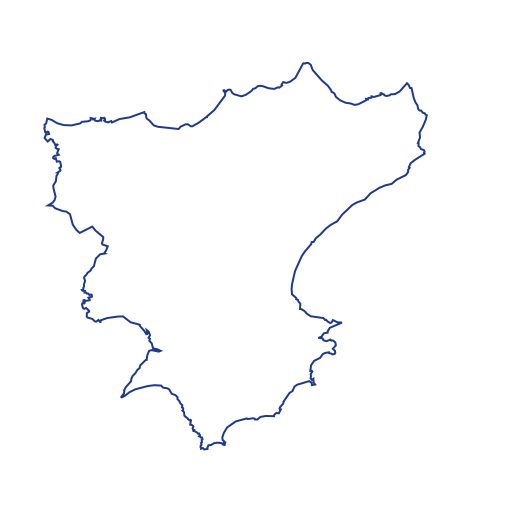 the district of Bangka Barat, Bangka-Belitung, Indonesia, rotated 169°
{"feature_id": "22746128B47433230053131", "entity_name": "Bangka Barat", "entity_type": "district", "adm_level": 2, "iso_a3": "IDN", "parent_name": "Indonesia", "parent_adm1": "Bangka-Belitung", "projection": "orthographic", "projection_center": [105.522, -1.841], "detail": "fine", "context": "isolated", "style": "outline", "palette": "blue", "viewbox_px": 512, "rotation_deg": 169, "n_neighbors": 0, "source": "geoboundaries", "source_scale": "gbopen_adm2", "svg_char_len": 6068}
<svg xmlns="http://www.w3.org/2000/svg" viewBox="0 0 512 512"><g transform="rotate(169 256 256)"><path d="M426.6,222.5L425.1,222.1L422.9,223.3L421.8,221.1L421.2,221.0L420.7,222.5L413.8,223.5L402.9,222.9L398.0,222.0L391.8,214.9L383.5,210.9L383.1,210.4L383.5,209.8L380.0,203.9L378.6,200.2L377.7,200.2L377.2,201.1L377.4,204.1L375.8,202.2L375.2,198.3L377.1,196.2L375.9,195.0L376.9,193.2L375.0,190.1L374.7,185.0L370.6,183.2L367.7,181.1L369.7,180.7L376.4,183.5L379.0,183.3L381.7,179.3L383.1,174.9L384.1,175.0L390.5,170.7L391.8,168.0L394.0,167.0L396.8,164.0L400.2,161.6L401.7,159.4L402.6,156.8L408.6,152.3L411.3,149.1L411.0,148.6L411.9,146.2L414.9,143.7L415.1,143.1L414.7,142.8L411.4,143.8L406.0,146.5L399.8,148.2L387.1,149.0L380.0,148.5L373.9,146.9L372.3,144.5L368.3,143.0L366.7,141.7L365.0,136.8L361.9,135.0L360.0,132.5L360.4,130.5L358.8,127.9L358.5,126.0L356.8,123.5L357.6,121.5L356.8,121.0L356.6,119.8L357.0,118.5L357.7,118.2L356.5,116.6L356.7,112.7L354.0,109.5L353.8,108.7L352.4,107.3L351.6,107.7L351.2,107.1L352.8,103.0L351.3,102.4L350.2,101.0L350.1,100.2L351.1,99.0L350.9,97.0L350.0,96.9L350.5,96.0L349.5,95.7L347.5,93.9L346.9,92.7L345.8,92.7L345.2,90.9L346.3,89.9L345.2,89.4L344.9,88.4L343.6,88.0L343.4,86.4L344.5,85.7L344.5,83.6L345.6,83.0L345.5,81.0L346.5,80.4L346.9,78.9L346.5,78.3L346.7,77.3L344.8,77.6L343.7,76.0L340.4,75.9L340.4,76.9L338.8,79.3L336.3,79.0L333.2,80.2L329.9,80.2L325.6,79.0L324.6,78.2L324.7,77.5L323.8,77.5L323.7,76.8L322.9,76.4L321.7,78.9L322.9,79.4L322.8,80.5L323.9,81.8L323.7,84.3L321.3,88.5L317.1,93.2L307.4,97.5L296.0,98.3L295.1,97.5L290.0,97.3L288.4,96.7L288.3,95.8L286.1,95.2L282.3,97.2L277.0,97.1L268.8,95.3L268.5,96.4L267.1,97.5L265.6,98.0L263.6,97.2L261.0,100.7L261.8,100.9L262.0,101.9L261.3,102.9L257.3,106.1L256.8,107.7L249.2,115.2L246.0,116.4L243.1,120.5L240.2,121.8L227.7,123.0L225.7,121.1L225.7,118.6L222.5,118.6L223.6,120.9L223.1,124.5L224.8,123.7L225.7,125.6L224.9,127.7L224.9,129.5L222.7,131.9L223.2,132.8L224.6,132.8L222.8,138.2L219.0,142.0L212.7,143.7L209.0,147.0L206.8,147.6L202.8,147.6L202.8,146.7L200.7,145.8L199.8,144.8L197.5,144.9L196.7,145.6L196.6,147.9L198.3,150.2L194.7,153.0L194.6,155.9L195.7,157.5L196.6,158.4L198.3,158.6L198.8,159.7L202.9,159.0L205.9,160.3L206.3,162.4L210.4,163.7L207.1,164.3L204.1,167.2L200.3,167.1L200.1,168.3L197.3,171.4L184.3,174.2L188.8,175.4L192.7,178.4L194.5,176.4L196.0,176.1L198.1,178.0L199.5,180.1L200.4,180.0L201.7,182.2L213.7,186.4L217.0,189.6L218.9,192.7L221.6,195.2L222.9,195.6L221.6,200.7L223.0,203.2L223.2,204.9L224.8,205.8L224.5,206.7L225.0,207.8L227.9,211.4L227.4,216.8L225.8,221.9L220.6,233.7L211.0,247.3L206.8,251.4L199.6,257.1L198.8,259.0L196.8,258.8L193.7,262.1L189.1,264.6L182.0,269.7L176.4,272.4L169.6,274.6L163.4,280.3L151.7,287.7L146.5,289.4L138.4,290.6L131.6,295.7L121.8,299.4L115.4,300.7L109.1,300.9L103.4,304.1L93.3,306.9L90.5,309.6L90.4,311.4L88.4,313.2L89.0,314.0L86.6,317.5L81.3,320.2L71.0,324.2L71.4,325.3L70.6,326.0L71.0,327.9L73.6,329.5L74.1,331.3L75.5,332.9L74.7,336.7L75.1,336.6L72.4,341.0L71.9,346.0L67.7,350.9L63.2,357.6L61.5,361.6L62.7,362.5L63.0,363.8L64.8,364.7L66.2,367.3L67.7,367.6L68.7,369.1L68.8,373.2L70.1,376.2L71.0,380.6L71.3,391.2L72.7,391.5L73.6,394.9L74.8,396.8L83.6,390.1L88.6,388.4L92.9,389.0L94.1,388.2L97.5,388.2L99.2,389.2L99.8,390.5L102.0,391.1L101.8,391.9L102.7,392.0L103.1,390.2L109.9,389.6L112.2,390.7L112.5,389.4L115.6,389.6L116.2,388.4L118.0,389.2L118.0,387.9L126.8,385.4L130.6,385.6L133.8,387.6L138.9,389.4L143.5,392.6L147.2,396.9L147.8,399.9L148.7,401.4L150.5,402.7L150.6,404.3L153.0,409.5L157.9,415.8L164.8,427.6L165.8,433.3L167.7,435.4L169.9,436.0L171.1,435.5L172.5,436.1L173.2,435.8L183.3,423.4L189.2,420.6L193.1,420.1L196.1,421.5L198.2,419.4L197.8,418.4L201.0,416.8L202.5,417.4L205.5,416.6L207.1,416.8L211.7,418.3L217.1,421.5L219.6,422.3L222.1,422.3L224.8,420.7L226.9,420.7L228.8,419.0L232.7,417.2L235.6,416.1L239.8,415.5L246.4,418.8L248.1,420.5L249.2,423.8L249.9,424.3L252.0,424.5L253.9,423.1L255.7,424.9L256.3,424.7L256.2,424.0L255.1,421.9L255.8,419.3L269.2,407.1L277.2,402.6L277.5,401.8L277.9,402.0L286.8,397.8L293.7,395.5L295.2,395.8L297.8,398.3L300.0,398.7L305.4,397.3L307.7,395.4L327.7,401.6L331.4,403.7L334.5,408.9L337.0,411.8L337.3,413.4L336.9,416.0L338.2,417.2L338.2,418.6L353.5,416.2L363.7,416.5L371.9,414.6L372.4,416.1L375.7,415.4L378.4,416.7L379.2,418.0L378.3,418.3L378.1,419.6L378.6,420.6L380.1,420.4L381.8,421.1L382.1,419.1L382.6,419.8L383.3,418.7L385.9,418.6L387.9,419.5L388.8,420.7L388.2,421.5L389.9,421.3L389.9,422.1L392.0,423.0L392.1,421.6L392.7,420.8L395.1,420.3L401.3,420.9L403.3,419.7L412.1,419.4L419.8,421.2L426.0,424.4L430.6,428.6L434.7,430.7L436.7,426.2L438.6,425.1L438.7,422.8L439.4,421.9L439.3,417.7L438.4,417.2L436.9,417.9L436.0,417.3L435.9,415.2L439.0,415.3L441.0,412.1L438.6,408.1L435.5,410.1L433.8,409.0L433.2,408.5L433.6,407.3L432.5,405.9L431.9,403.3L429.9,403.5L429.6,403.1L431.0,402.4L432.1,400.5L431.3,399.4L429.3,398.5L431.6,394.9L430.4,393.0L434.7,392.7L436.3,391.6L436.4,390.7L435.4,389.8L433.9,390.2L433.5,386.6L431.2,386.6L430.3,385.8L430.1,381.9L430.7,380.4L432.1,380.2L432.3,379.6L431.5,377.5L432.2,376.8L434.5,375.9L434.1,375.8L435.5,373.7L436.4,373.0L438.3,367.4L441.5,364.0L441.9,361.5L441.4,352.5L443.2,349.1L445.4,347.2L450.5,345.3L445.9,344.1L444.1,341.2L437.2,337.0L433.8,335.8L430.6,332.5L429.9,321.8L427.4,315.9L424.6,312.3L411.1,316.1L408.6,311.4L402.3,303.7L403.0,301.1L404.8,298.1L404.5,296.6L399.7,293.8L402.2,289.9L404.4,287.8L403.8,287.3L408.7,287.4L413.7,284.0L417.1,276.9L420.0,274.9L421.1,273.3L424.6,271.6L426.2,269.8L428.1,268.8L428.9,267.5L428.5,264.3L430.2,261.1L430.7,258.8L431.6,257.7L431.9,256.1L433.4,255.9L433.0,255.1L430.7,254.3L431.3,252.9L429.7,252.5L429.2,251.3L427.8,251.1L427.0,249.5L425.2,249.7L424.6,249.2L424.8,247.4L428.4,247.1L427.5,245.2L427.8,244.3L431.4,244.4L432.9,245.5L433.8,245.5L434.1,244.5L433.1,243.6L433.1,242.7L433.7,242.2L435.4,242.7L436.0,241.9L436.0,239.4L435.5,237.4L434.5,236.9L432.6,237.4L430.3,234.0L430.4,233.2L432.9,232.3L433.7,228.8L432.8,227.5L428.8,225.6L426.6,222.5Z" fill="none" stroke="#1e3a8a" stroke-width="2"/></g></svg>